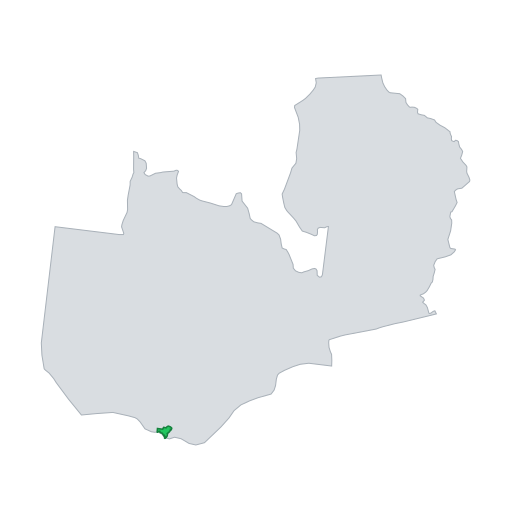 Livingstone, Southern, Zambia (highlighted), rotated 7°
{"feature_id": "96606910B12959301642296", "entity_name": "Livingstone", "entity_type": "district", "adm_level": 2, "iso_a3": "ZMB", "parent_name": "Zambia", "parent_adm1": "Southern", "projection": "robinson", "projection_center": [25.872, -17.81], "detail": "fine", "context": "in_parent", "style": "filled", "palette": "green", "viewbox_px": 512, "rotation_deg": 7, "n_neighbors": 0, "source": "geoboundaries", "source_scale": "gbopen_adm2", "svg_char_len": 5601}
<svg xmlns="http://www.w3.org/2000/svg" viewBox="0 0 512 512"><g transform="rotate(7 256 256)"><path d="M344.5,356.0L321.5,356.0L313.1,358.1L306.2,361.3L297.9,366.2L293.2,369.6L291.9,371.5L291.2,375.7L291.2,382.2L290.3,386.9L287.8,391.2L275.3,396.4L267.2,400.6L259.2,405.6L253.1,412.1L248.9,420.1L242.0,430.0L227.6,447.6L219.3,450.9L212.4,450.2L203.9,446.5L197.3,445.8L192.3,448.1L187.7,447.4L183.5,443.7L180.0,442.3L177.2,443.3L173.6,443.2L166.9,441.1L161.2,434.8L158.0,432.2L155.6,431.2L148.8,430.2L133.0,428.7L116.6,431.9L102.1,435.1L87.4,421.0L73.2,406.1L70.2,402.4L64.9,397.4L61.0,395.0L59.5,393.8L55.6,380.5L53.5,368.4L53.0,251.4L117.6,251.4L121.8,250.9L122.0,249.6L119.0,243.4L119.1,241.2L119.9,236.9L122.7,228.5L122.9,225.6L121.6,216.4L121.7,211.3L122.4,200.9L122.0,197.3L123.5,192.7L124.0,189.6L124.6,188.2L123.9,184.7L122.5,172.3L121.8,167.1L125.7,167.9L126.9,170.4L127.7,173.2L129.5,173.4L134.1,175.0L135.7,177.3L136.7,182.3L136.1,184.8L134.6,186.9L136.1,188.7L139.2,189.9L141.0,189.5L146.2,186.1L151.0,184.9L153.4,184.0L164.2,181.8L166.3,180.6L167.8,180.6L168.8,181.5L167.9,185.1L167.6,188.2L168.9,194.1L169.9,196.8L172.1,198.8L173.7,199.9L175.5,202.0L179.2,201.6L187.4,204.6L189.9,206.0L193.4,207.4L195.8,207.9L204.3,209.0L213.2,210.7L217.8,210.8L221.1,210.4L223.4,209.5L224.8,208.6L225.5,207.8L228.8,196.6L230.6,195.7L232.8,195.1L234.1,196.1L235.5,203.2L241.9,209.6L244.1,214.9L245.7,219.5L247.1,220.7L249.6,222.3L253.5,222.9L257.0,223.0L274.3,230.8L276.3,232.3L278.4,236.4L279.6,241.1L281.0,244.9L283.2,245.6L285.2,245.9L287.2,248.4L288.7,250.6L293.8,259.8L294.5,263.5L297.0,265.9L300.4,267.0L303.5,267.1L305.3,266.0L309.8,264.1L313.2,262.0L315.8,261.2L317.3,261.7L318.4,263.2L319.1,267.7L321.6,269.3L323.4,268.7L324.1,266.9L324.2,266.0L324.3,217.9L322.7,218.3L320.7,219.6L316.1,219.8L314.3,220.8L313.7,222.3L314.1,224.3L314.2,227.0L313.5,228.3L311.5,228.8L308.6,227.8L303.3,226.4L298.9,225.6L295.7,222.0L291.5,216.5L288.7,213.8L281.9,208.1L280.8,207.0L278.7,204.3L277.0,199.8L275.3,194.6L274.4,191.3L276.1,186.2L280.1,169.5L281.0,164.3L284.3,159.1L284.5,154.4L283.2,148.3L283.6,145.0L284.1,125.9L283.2,119.9L281.0,113.2L276.1,103.9L276.1,101.9L283.6,95.8L285.9,93.6L289.8,88.7L292.5,84.5L294.2,81.1L294.7,76.8L293.5,72.6L296.1,71.8L358.1,61.1L359.0,63.9L360.8,68.7L363.0,72.2L365.6,75.2L367.9,77.1L369.4,77.6L378.9,77.4L382.4,79.3L385.3,81.6L386.1,85.3L388.0,87.6L390.1,89.4L391.1,89.6L392.6,89.2L395.2,89.1L397.5,89.9L398.7,90.7L398.8,93.8L399.5,95.1L402.7,95.7L406.0,95.9L409.2,98.0L412.6,98.3L416.6,99.2L418.4,101.4L422.6,103.7L427.8,105.7L433.5,109.1L433.6,110.2L434.6,112.2L435.5,113.6L435.6,115.7L436.1,117.6L437.5,118.1L438.8,118.3L439.9,116.8L441.4,116.9L443.0,117.8L443.6,120.0L444.9,123.1L447.0,125.1L448.4,127.1L447.9,130.8L447.0,134.1L449.8,137.4L453.5,140.5L454.5,141.9L454.8,146.5L455.3,148.1L457.8,151.9L459.0,154.5L458.9,156.0L452.1,163.6L447.9,164.8L446.1,166.3L445.0,167.9L447.7,175.5L449.1,178.4L447.8,182.0L445.1,188.2L443.9,188.7L443.6,193.3L444.4,195.0L445.8,196.4L446.3,199.5L446.1,207.3L444.4,216.2L447.4,224.0L448.4,224.8L452.6,224.9L453.3,225.5L452.3,227.7L449.3,231.1L443.9,233.8L436.2,236.7L434.6,239.5L433.5,243.6L434.4,246.0L435.4,247.4L435.0,250.9L434.3,254.7L434.5,257.6L434.2,260.3L433.2,261.5L431.8,265.5L430.1,269.4L428.8,271.2L426.8,273.1L423.8,274.7L423.8,275.5L427.3,277.3L428.2,278.6L428.5,279.5L427.0,281.5L428.6,282.7L430.5,283.7L432.4,286.3L434.4,291.3L434.8,291.8L435.4,291.9L436.6,291.3L438.7,289.3L440.2,288.6L442.1,291.5L409.8,303.7L402.2,306.2L390.9,310.6L387.3,312.2L384.3,313.8L354.3,323.4L349.6,325.2L339.0,330.1L338.6,330.9L338.7,333.2L339.6,337.8L341.5,342.0L343.0,344.4L344.0,350.5L344.5,356.0Z" fill="#d9dde1" stroke="#a8b0b8" stroke-width="1"/><path d="M179.4,442.9L179.6,442.9L179.8,442.9L179.9,442.7L180.0,442.7L180.3,442.6L180.6,442.3L180.7,442.2L180.8,442.1L181.0,442.0L181.0,441.9L181.3,441.7L181.5,441.7L181.8,441.7L181.9,441.8L182.0,441.8L182.1,442.0L182.1,442.3L182.1,442.5L182.2,442.8L182.3,442.9L182.4,443.0L182.5,443.1L182.7,442.9L183.0,442.9L183.3,443.0L183.5,443.1L183.8,443.2L183.9,443.3L184.1,443.2L184.3,443.2L184.4,443.3L184.5,443.3L184.7,443.5L184.9,443.7L185.0,443.8L185.2,444.0L185.3,444.2L185.4,444.3L185.4,444.5L185.5,444.5L185.8,444.7L186.0,444.9L186.1,445.0L186.3,445.3L186.5,445.3L186.8,445.2L187.0,445.1L187.1,445.3L187.1,445.6L187.1,445.8L187.2,446.0L187.4,446.1L187.4,446.3L187.5,446.3L187.6,446.5L187.4,446.5L187.2,446.5L187.3,446.6L187.5,446.6L187.4,446.7L187.3,446.8L187.2,446.8L187.2,447.0L187.3,447.1L187.6,447.3L187.6,447.5L187.5,447.8L187.5,448.0L187.8,448.1L188.0,448.0L188.3,447.9L188.3,447.7L188.5,447.5L188.5,447.4L188.7,447.2L188.8,447.1L189.0,447.0L189.0,446.9L189.2,446.7L189.3,446.4L189.4,446.2L189.5,446.0L189.5,445.9L189.6,445.7L189.8,445.5L189.8,445.4L189.9,442.8L190.0,442.7L189.9,442.7L190.0,442.6L190.3,442.4L190.3,442.2L190.5,442.1L190.6,441.9L190.8,441.9L190.9,441.7L191.0,441.5L191.2,441.4L191.3,441.3L191.3,441.2L191.5,441.1L191.6,440.9L191.7,440.7L191.8,440.5L191.8,440.4L191.8,440.2L192.0,439.9L192.0,439.7L192.0,439.4L192.3,439.3L192.5,439.4L192.6,439.2L192.8,439.1L193.0,438.9L193.0,438.7L192.9,438.6L193.0,438.6L193.2,438.4L193.2,438.2L193.1,437.9L193.2,437.7L193.3,437.7L193.4,437.4L193.4,437.2L193.2,436.9L192.4,436.4L192.1,436.1L191.0,435.8L189.9,435.5L189.1,435.8L188.5,436.3L187.9,437.1L187.8,437.5L187.3,437.5L185.4,437.3L185.3,437.5L185.2,437.4L185.1,437.5L185.2,437.8L185.1,438.0L184.9,438.2L184.9,438.4L184.9,438.5L184.7,438.5L184.5,438.8L184.5,439.0L184.4,439.3L179.2,439.2L179.3,441.9L179.4,442.9Z" fill="#22c55e" stroke="#15803d" stroke-width="1.5"/></g></svg>